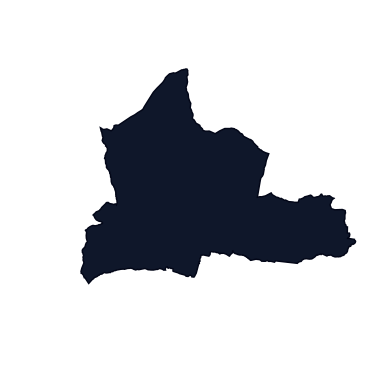 the district of Zetea, Harghita, Romania, rotated 247°
{"feature_id": "2599482B1529970343685", "entity_name": "Zetea", "entity_type": "district", "adm_level": 2, "iso_a3": "ROU", "parent_name": "Romania", "parent_adm1": "Harghita", "projection": "mercator", "projection_center": [25.451, 46.47], "detail": "fine", "context": "isolated", "style": "filled", "palette": "ink", "viewbox_px": 384, "rotation_deg": 247, "n_neighbors": 0, "source": "geoboundaries", "source_scale": "gbopen_adm2", "svg_char_len": 6002}
<svg xmlns="http://www.w3.org/2000/svg" viewBox="0 0 384 384"><g transform="rotate(247 192 192)"><path d="M128.6,316.6L129.5,317.1L130.5,319.1L130.7,320.3L130.9,320.2L131.4,319.2L134.7,317.2L135.4,315.3L135.5,314.1L136.4,312.9L136.4,311.9L137.3,310.7L139.3,310.5L139.5,310.0L138.4,307.9L138.4,306.3L138.8,304.8L139.0,302.8L139.8,301.5L140.7,300.9L141.9,300.7L142.8,299.8L143.0,297.1L143.5,293.9L143.0,292.2L143.0,289.5L143.1,288.8L143.5,288.0L141.0,285.7L142.3,282.5L143.3,281.1L145.3,277.3L148.0,275.0L148.1,274.0L151.3,271.6L151.4,270.6L153.6,268.8L153.9,267.9L158.2,264.8L160.2,264.5L159.7,258.1L160.4,254.1L161.1,252.7L161.6,250.1L176.4,259.6L178.1,260.9L179.3,263.2L180.6,264.6L184.8,267.3L185.7,267.5L188.1,270.1L192.0,272.7L197.2,277.6L199.1,275.4L199.1,275.1L199.7,274.8L201.6,273.0L203.8,271.9L204.0,271.3L205.7,270.5L206.6,269.7L208.2,270.1L208.8,269.6L213.1,267.9L215.0,267.7L216.9,266.7L217.5,266.2L217.8,265.6L223.1,261.2L225.5,260.9L226.2,260.5L227.1,259.4L230.2,258.3L232.0,257.1L232.8,256.1L233.7,255.7L235.3,253.2L235.5,252.7L235.4,252.2L237.6,247.0L237.4,241.4L236.6,236.1L241.2,231.8L242.7,228.1L244.3,226.2L246.1,226.2L249.2,224.9L249.7,225.2L250.6,225.1L251.1,224.5L251.5,224.4L253.4,222.8L254.2,222.5L257.4,222.1L259.0,221.2L259.5,221.1L260.0,221.2L261.9,222.7L263.4,223.3L265.7,223.1L267.6,223.4L270.1,223.2L274.1,225.5L276.7,225.3L279.8,225.5L283.5,226.7L284.6,226.8L287.3,226.4L289.1,227.1L290.0,227.1L291.0,227.6L292.7,229.2L295.1,230.9L300.4,232.3L301.4,234.0L304.3,234.9L305.4,235.5L307.1,235.4L307.6,234.5L307.7,233.9L307.5,233.5L308.0,232.4L307.9,231.7L308.4,230.2L307.9,224.9L307.9,222.9L308.9,221.5L309.5,217.4L308.4,214.3L307.5,212.2L306.2,210.9L304.3,207.9L301.2,200.3L298.9,195.4L289.3,181.6L287.6,179.5L287.2,178.7L286.8,177.1L286.3,173.5L285.4,169.4L285.0,164.9L282.2,150.3L283.3,148.2L283.5,146.3L281.6,145.1L280.1,142.5L280.0,141.4L283.3,138.3L283.7,136.2L284.6,134.1L285.6,133.8L286.9,132.8L283.5,132.2L281.9,132.3L281.1,132.0L278.2,131.4L277.0,131.5L274.5,129.5L272.8,129.5L272.4,129.8L271.5,129.8L269.8,130.8L268.3,130.8L268.0,130.5L267.6,130.9L265.3,131.2L262.7,130.0L262.0,129.2L261.7,128.5L259.2,126.1L258.3,125.9L258.0,125.4L257.1,124.7L256.6,125.0L254.8,124.7L252.1,123.7L250.1,123.8L248.1,122.9L246.4,123.2L244.9,123.9L242.4,124.0L241.1,123.6L240.2,123.8L237.4,122.9L236.7,123.1L232.9,121.7L230.4,121.5L229.5,121.7L228.9,122.2L227.3,122.1L225.1,122.3L224.1,121.9L223.5,122.1L220.7,121.5L219.9,121.0L218.7,120.8L218.0,120.3L216.1,120.3L215.4,119.8L212.9,119.6L212.3,119.1L211.2,119.0L210.4,117.9L209.9,117.7L209.7,117.4L210.4,117.4L211.1,116.6L210.9,115.8L211.1,115.0L211.7,114.4L213.5,111.7L215.0,110.8L214.9,110.5L215.6,109.8L215.5,108.7L215.0,108.0L213.0,102.8L212.1,101.6L211.4,99.9L211.0,99.4L211.1,99.1L211.0,98.8L211.1,96.0L210.7,95.4L210.6,94.8L210.1,94.4L210.0,93.3L209.5,92.1L209.2,92.4L206.0,92.5L203.7,93.1L201.5,94.9L200.2,96.9L198.8,97.6L198.0,97.2L198.2,96.7L197.9,95.6L197.9,94.6L198.3,93.5L198.1,92.9L198.3,91.4L198.7,89.6L199.9,87.8L200.0,86.5L199.9,84.6L199.5,82.9L199.6,82.7L198.4,80.3L198.6,79.7L198.4,79.0L196.6,79.3L195.8,79.1L193.4,77.7L190.7,76.7L187.1,76.3L186.7,75.9L186.4,74.7L184.7,73.1L183.5,72.4L183.1,71.5L182.9,71.6L182.1,69.3L181.3,68.3L179.2,67.5L178.0,67.8L177.5,67.5L176.1,67.6L174.6,66.2L173.3,66.0L172.6,65.5L171.3,65.0L170.3,65.2L168.8,64.7L164.9,60.8L162.4,58.9L161.7,58.6L161.1,58.7L160.6,58.3L160.3,58.7L158.4,59.5L155.2,59.4L155.2,59.7L154.9,60.0L148.2,61.2L150.4,65.9L150.7,67.5L151.4,68.7L151.3,71.4L151.8,73.3L151.7,74.1L152.2,75.1L151.7,77.1L152.2,79.2L152.0,80.2L151.4,80.8L150.8,82.0L150.1,84.9L149.8,85.3L150.2,86.3L149.7,88.1L150.1,89.0L149.6,91.0L149.6,92.3L148.6,96.7L148.2,97.6L148.2,98.2L147.3,99.6L146.8,103.0L146.1,104.8L145.9,105.8L144.9,107.2L143.6,108.2L142.3,109.7L142.1,111.7L141.6,112.2L141.2,113.2L140.1,118.5L139.5,119.5L137.5,121.3L137.4,122.0L136.7,122.9L135.3,125.9L134.6,129.2L134.2,130.1L134.3,132.4L132.5,134.6L131.1,135.5L131.0,135.9L130.5,137.1L131.4,137.2L132.6,138.2L132.9,139.3L132.8,140.0L131.3,140.2L131.1,140.5L131.0,142.1L129.9,142.7L129.6,143.5L128.5,144.6L126.7,143.6L126.1,144.0L123.0,147.7L121.7,148.7L118.4,153.0L116.8,153.7L115.8,155.4L116.1,156.5L116.2,157.7L114.9,159.0L114.0,158.7L113.1,160.2L113.0,160.9L115.7,164.2L123.2,170.0L123.3,170.8L123.8,171.0L124.8,170.8L125.2,172.3L127.6,173.1L128.2,174.2L130.3,175.6L129.5,178.1L126.4,182.5L127.3,184.1L129.2,185.2L129.8,186.2L128.6,188.0L128.6,188.5L128.3,188.6L127.7,190.1L126.9,190.6L126.1,192.3L125.7,192.4L125.7,192.8L124.3,193.2L124.1,193.6L124.5,194.5L124.0,195.2L123.3,197.2L121.3,199.3L118.4,201.3L118.7,202.1L119.2,202.4L120.3,205.7L121.9,206.4L121.9,206.6L120.1,206.7L118.5,207.6L117.6,209.0L117.0,209.2L116.7,210.0L116.2,210.1L115.9,211.0L115.4,211.3L115.3,212.2L114.8,212.5L114.6,213.7L114.1,213.8L114.0,214.5L113.6,214.6L112.6,215.8L112.1,215.8L111.9,216.3L111.5,216.7L110.9,216.6L109.5,217.9L109.1,217.7L108.8,218.2L108.2,218.2L107.8,218.7L106.3,219.1L106.0,220.0L105.1,224.9L104.7,225.3L104.0,226.7L102.9,228.3L101.1,229.1L99.6,232.4L99.5,233.0L99.7,233.7L99.5,234.5L98.2,235.5L97.4,237.6L95.2,240.5L95.5,241.2L96.1,241.8L85.2,261.1L85.8,262.5L85.8,263.9L85.5,265.4L86.4,266.9L86.6,269.1L86.0,271.2L84.4,273.8L83.7,275.9L83.7,276.8L84.3,279.8L85.5,282.5L84.9,282.6L84.7,286.2L84.0,286.4L84.3,287.6L80.4,291.2L80.6,292.4L79.6,295.5L78.0,296.5L76.4,298.3L75.4,301.1L74.9,301.9L74.9,303.0L74.5,303.5L74.8,304.9L74.6,306.3L74.7,307.6L75.3,308.3L75.6,310.4L76.6,311.8L78.4,313.0L80.5,315.1L80.3,315.4L80.5,315.8L80.2,316.1L80.1,316.8L80.7,317.5L81.4,318.0L81.1,318.9L81.5,319.8L80.9,320.2L81.2,321.7L81.8,322.6L82.7,323.3L83.2,323.3L84.0,322.7L84.9,323.0L87.6,318.7L88.4,317.1L89.0,317.8L89.0,318.3L89.4,319.4L91.2,320.6L92.6,320.8L93.4,319.0L93.7,319.0L99.1,321.4L99.7,320.4L101.7,320.7L102.9,320.2L104.7,320.7L105.9,320.6L107.5,322.2L110.6,323.5L112.6,324.7L112.7,325.1L115.1,325.7L117.1,323.6L119.8,316.5L122.2,313.8L126.3,314.0L128.6,316.6Z" fill="#0f172a" stroke="#020617" stroke-width="1.5"/></g></svg>